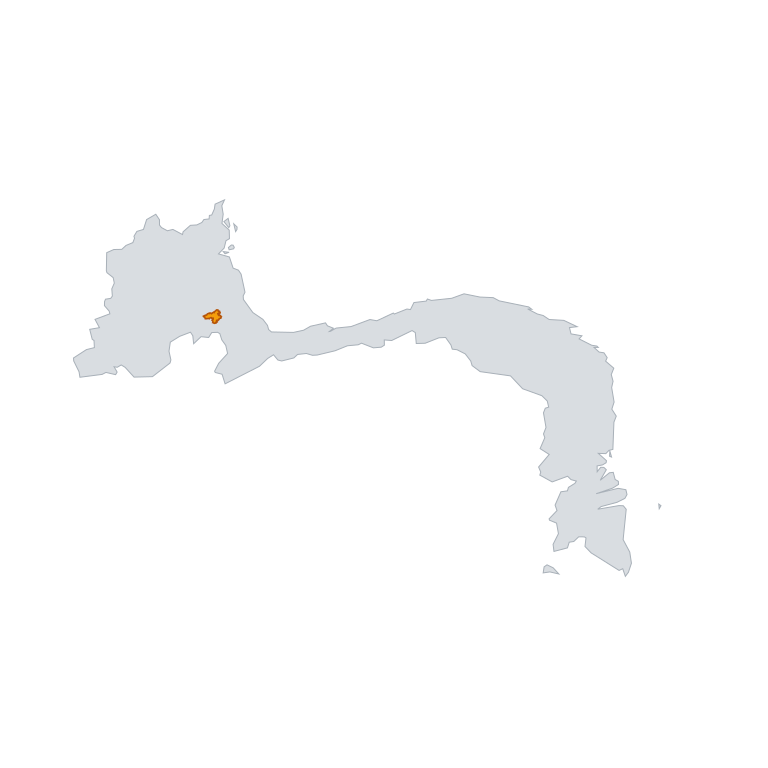 Ba Thuoc, Thanh Hóa, Vietnam (highlighted), rotated 300°
{"feature_id": "81297802B10763760406842", "entity_name": "Ba Thuoc", "entity_type": "district", "adm_level": 2, "iso_a3": "VNM", "parent_name": "Vietnam", "parent_adm1": "Thanh Hóa", "projection": "albers", "projection_center": [105.214, 20.379], "detail": "fine", "context": "in_parent", "style": "filled", "palette": "amber", "viewbox_px": 768, "rotation_deg": 300, "n_neighbors": 0, "source": "geoboundaries", "source_scale": "gbopen_adm2", "svg_char_len": 7103}
<svg xmlns="http://www.w3.org/2000/svg" viewBox="0 0 768 768"><g transform="rotate(300 384 384)"><path d="M463.7,153.8L457.3,154.4L450.7,159.8L442.0,163.4L439.9,173.0L432.6,177.5L429.1,175.5L421.8,177.6L413.9,175.6L416.7,186.6L408.9,195.4L409.8,201.0L407.7,205.3L394.0,217.7L389.9,218.0L386.9,220.0L380.3,234.7L379.4,246.9L376.5,253.8L373.5,256.8L372.8,260.5L383.4,279.8L390.4,287.5L397.3,291.5L407.7,302.8L406.1,305.9L407.0,312.3L402.1,310.4L402.7,311.2L408.5,314.6L417.3,326.8L432.8,339.6L435.2,346.2L450.1,356.6L449.8,358.0L460.4,366.4L461.7,369.7L469.5,369.2L476.9,379.1L479.3,379.1L480.1,383.3L492.1,399.8L502.1,408.2L507.3,423.7L513.4,435.4L513.6,442.2L523.1,470.8L522.6,474.6L520.8,470.9L521.3,481.8L522.9,487.6L522.4,494.7L529.0,507.9L530.2,522.6L525.6,516.4L520.9,520.9L524.7,531.3L520.6,530.4L521.4,544.5L523.3,549.4L522.8,551.3L520.7,547.6L519.2,554.3L521.0,558.9L518.4,564.1L514.6,564.5L512.6,575.1L505.8,576.1L500.9,581.0L494.8,582.9L483.4,592.3L476.1,593.9L472.3,601.2L465.9,602.2L441.8,614.9L439.0,612.0L434.6,610.9L431.1,604.3L428.8,615.0L426.9,615.7L423.2,613.7L419.6,609.5L414.6,612.5L420.2,613.3L421.7,616.1L420.9,619.4L408.7,619.4L419.8,623.6L422.1,626.7L416.9,631.9L416.9,635.6L414.3,637.3L408.2,634.1L395.1,622.6L410.7,638.9L413.4,646.3L409.8,649.7L405.4,649.8L398.1,645.0L386.4,633.3L382.4,631.7L396.2,648.3L398.2,652.1L396.6,656.4L368.8,668.9L361.3,680.9L352.5,687.9L343.2,689.8L338.1,689.2L343.4,683.1L340.1,680.8L341.3,647.9L343.8,639.3L351.7,635.9L351.8,634.0L349.0,629.0L342.5,627.1L339.6,623.5L333.8,624.8L324.0,614.9L329.7,610.6L341.6,609.9L349.8,603.0L348.8,595.4L349.8,594.4L360.9,597.1L364.7,592.7L379.1,591.1L383.2,596.3L386.7,595.4L393.4,599.0L396.1,599.1L394.7,593.8L395.9,589.1L383.3,578.6L383.0,564.5L386.1,563.8L389.4,559.4L405.6,562.3L406.1,551.5L417.9,550.1L420.5,547.1L427.4,546.0L438.8,536.5L443.7,535.8L446.3,538.2L450.9,533.9L452.8,526.6L449.2,506.4L454.3,489.5L442.8,461.1L444.0,451.1L447.3,447.6L450.7,439.3L450.2,430.1L448.3,425.7L451.3,422.4L455.1,414.1L451.5,408.5L439.9,399.3L435.2,391.7L444.2,385.4L444.3,381.6L425.5,368.9L422.3,362.2L417.8,364.9L414.5,363.2L410.0,356.7L408.1,344.1L405.1,342.1L398.8,333.2L388.3,325.0L375.7,311.7L373.1,307.7L371.6,301.5L366.4,294.4L361.5,292.9L352.8,283.9L351.7,280.1L354.1,273.7L348.0,270.5L337.1,267.3L304.7,246.3L311.5,238.9L309.6,232.1L310.4,230.9L319.3,230.5L332.2,233.3L338.3,227.7L341.1,221.5L345.5,216.7L345.6,214.1L342.4,209.1L336.6,208.9L333.5,201.9L323.7,199.0L330.2,194.3L332.1,190.5L323.1,183.2L313.4,178.0L304.9,181.4L298.3,187.4L295.2,188.2L274.6,179.8L265.0,164.1L269.0,151.5L269.1,146.9L265.1,144.6L264.0,141.6L260.9,146.9L257.9,146.9L255.0,137.4L251.4,135.1L237.8,117.3L242.1,113.8L248.8,103.8L251.3,102.1L265.0,109.1L270.7,115.0L276.7,111.1L276.8,109.0L284.2,101.8L290.5,109.4L295.5,101.4L307.7,111.5L309.7,109.6L312.1,102.7L315.6,100.8L318.2,100.4L321.5,104.5L324.3,104.8L330.3,100.7L336.5,100.0L340.7,96.3L341.9,88.4L343.3,86.9L359.1,78.2L365.4,82.8L369.5,89.6L375.0,91.3L380.9,95.8L385.5,95.1L386.9,93.6L392.6,93.7L397.6,98.4L407.7,96.2L416.9,101.5L414.0,107.4L409.4,110.1L408.2,113.1L408.4,119.8L412.3,123.9L412.7,134.8L415.3,133.9L424.6,137.0L428.2,142.4L432.8,145.5L436.4,145.8L439.5,150.0L442.7,148.5L444.2,150.3L450.7,149.6L455.3,147.8L463.7,153.8ZM308.9,615.6L309.4,622.4L306.9,630.4L304.2,621.6L300.0,616.3L305.7,614.1L308.9,615.6ZM449.5,166.2L444.0,171.4L441.8,171.4L444.6,164.1L449.5,166.2ZM427.5,186.0L425.9,186.2L422.8,182.8L424.4,181.0L428.0,182.3L428.8,183.8L427.5,186.0ZM446.5,178.3L444.3,179.4L441.8,179.3L447.6,173.8L446.5,178.3ZM418.3,178.6L420.6,184.0L417.3,181.2L418.3,178.6ZM439.0,613.0L434.5,617.6L434.2,615.5L439.0,613.0ZM417.1,684.7L413.6,684.7L417.4,682.0L417.1,684.7Z" fill="#d9dde1" stroke="#a8b0b8" stroke-width="1"/><path d="M353.0,194.1L352.9,194.1L352.7,194.0L352.7,193.9L352.5,193.6L352.2,193.7L352.1,193.9L352.0,194.1L352.4,194.5L352.4,194.9L352.4,195.0L352.5,195.1L352.3,195.2L352.2,195.3L352.0,195.5L351.9,195.7L351.9,195.8L351.8,196.0L351.6,196.1L351.5,196.3L351.4,196.3L351.1,196.5L351.2,196.8L351.3,197.0L351.5,197.3L351.7,197.5L351.8,197.5L351.9,197.8L352.0,197.8L352.2,198.0L352.3,198.2L352.3,198.3L352.4,198.5L352.5,198.6L352.6,198.8L352.9,199.1L353.0,199.1L353.1,199.3L353.1,199.6L353.3,199.7L353.2,199.9L353.3,199.9L353.3,200.0L353.6,200.1L353.9,200.3L354.0,200.4L354.2,200.5L354.4,200.5L354.6,200.6L354.8,200.7L354.8,200.8L354.9,201.0L354.9,201.4L355.1,201.5L354.8,201.9L354.7,202.0L354.7,202.3L355.1,202.6L355.5,202.8L355.7,203.0L355.5,203.3L355.2,203.5L354.8,203.7L354.7,203.7L354.2,203.7L353.9,203.7L353.7,203.5L353.6,203.4L353.5,203.2L353.3,203.2L353.2,203.2L353.2,203.3L353.2,203.5L353.3,203.8L353.1,204.0L352.9,204.0L352.7,204.3L352.6,204.5L352.3,204.7L352.2,204.9L351.9,205.0L351.7,205.0L351.8,205.2L351.8,205.3L351.7,205.4L351.8,205.5L351.8,205.8L351.7,205.9L351.6,206.0L351.8,206.3L351.8,206.5L351.8,206.9L351.8,207.0L352.0,207.2L352.4,207.3L352.6,207.4L352.6,207.6L352.7,207.9L352.7,208.0L352.9,208.1L353.0,208.0L353.0,207.9L353.2,207.6L353.3,207.5L353.5,207.8L353.6,208.0L353.8,208.2L353.9,208.3L354.0,208.4L354.5,208.6L354.6,208.3L354.6,208.2L354.7,207.9L354.7,207.6L355.0,207.4L355.3,207.2L355.4,207.3L355.5,207.4L355.7,207.5L355.9,207.5L356.0,207.7L356.2,208.3L356.3,208.5L356.6,208.7L356.8,208.5L357.0,208.6L357.5,208.6L357.6,208.8L357.8,208.9L358.0,208.9L358.0,208.6L358.3,208.6L358.6,208.9L358.8,209.2L358.9,209.3L359.1,209.4L359.4,209.8L360.3,209.3L360.2,209.5L360.3,209.6L360.6,209.6L360.9,209.6L360.9,209.3L360.9,209.2L361.0,209.1L361.2,208.9L361.2,208.6L361.4,208.4L361.6,208.1L361.4,207.7L361.0,207.4L360.9,207.3L360.7,207.0L360.7,206.9L360.8,206.5L361.0,206.6L361.3,206.6L361.5,206.5L361.6,206.4L361.8,206.5L361.9,206.4L361.8,206.2L361.6,206.2L361.6,205.8L361.5,205.5L361.6,205.4L361.5,205.2L361.6,204.9L361.8,204.8L362.0,204.9L362.1,205.1L362.3,205.4L362.5,205.6L362.9,205.9L363.0,206.0L363.3,206.4L363.6,206.6L363.9,206.4L364.2,206.2L364.3,206.1L364.3,205.9L364.1,205.7L363.9,205.4L363.9,205.1L364.0,205.0L364.7,204.9L364.5,204.4L364.4,204.3L364.2,204.3L364.2,204.1L364.4,204.0L364.6,203.9L364.7,203.7L364.9,203.4L365.1,203.3L365.1,203.1L365.0,202.9L364.9,202.7L364.5,202.2L364.4,201.9L364.2,202.0L364.0,201.9L363.4,201.7L363.2,201.6L362.9,201.5L362.8,201.4L362.7,201.3L362.3,201.2L362.2,201.2L362.2,201.3L361.9,201.2L361.7,201.0L361.6,200.9L361.4,200.8L361.3,200.7L361.2,200.8L361.2,200.7L360.9,200.6L360.7,200.4L360.4,200.2L360.2,200.0L359.9,200.1L359.7,200.1L359.6,199.9L359.4,199.8L359.3,199.6L359.2,199.5L358.9,199.6L358.7,199.6L358.5,199.4L358.6,199.1L358.7,198.9L358.8,198.7L358.7,198.6L358.7,198.4L358.6,198.2L358.4,198.0L358.2,197.9L357.9,197.8L357.9,197.7L357.7,197.5L357.9,197.3L357.9,197.2L357.7,197.0L357.8,197.0L357.7,196.9L357.4,196.8L357.3,196.7L357.1,196.5L356.9,196.3L356.7,196.2L356.3,195.9L356.2,195.9L356.0,196.0L355.8,196.0L355.7,195.9L355.4,195.9L355.4,196.0L355.2,196.0L354.9,195.9L354.7,195.7L354.7,195.4L354.6,195.2L354.4,195.1L354.3,194.9L354.2,194.9L353.9,194.9L353.7,194.7L353.6,194.4L353.4,194.3L353.3,194.2L353.2,194.2L353.0,194.1Z" fill="#f59e0b" stroke="#b45309" stroke-width="1.5"/></g></svg>